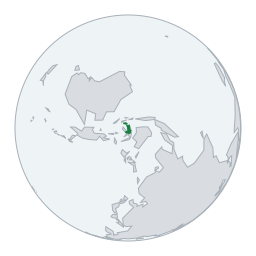 Sulawesi Selatan on an orthographic globe, rotated 168°
{"feature_id": "IDN-1236", "entity_name": "Sulawesi Selatan", "entity_type": "Province", "adm_level": 1, "iso_a3": "IDN", "parent_name": "Indonesia", "parent_adm1": "", "projection": "orthographic", "projection_center": [120.285, -4.627], "detail": "fine", "context": "on_globe", "style": "filled", "palette": "green", "viewbox_px": 256, "rotation_deg": 168, "n_neighbors": 0, "source": "natural_earth", "source_scale": "10m", "svg_char_len": 8721}
<svg xmlns="http://www.w3.org/2000/svg" viewBox="0 0 256 256"><g transform="rotate(168 128 128)"><circle cx="128" cy="128" r="113" fill="#eef3f6" stroke="#a8b0b8"/><path d="M221.5,154.7L221.3,155.5L221.2,155.6L221.5,154.7ZM188.6,33.0L190.3,34.2L191.3,35.3L187.8,32.6L186.4,31.7L188.6,33.0ZM185.6,31.2L185.2,31.1L182.9,29.8L181.4,29.1L178.7,27.6L176.9,26.5L175.1,25.7L174.9,25.7L172.0,24.5L172.6,24.6L167.7,22.7L165.9,21.9L176.0,26.1L185.6,31.2ZM234.0,90.7L233.1,88.2L233.8,89.7L234.0,90.7ZM232.4,86.7L232.7,87.6L232.4,86.9L232.4,86.7ZM232.1,86.3L232.3,86.6L232.2,86.5L232.1,86.3ZM231.8,86.0L232.0,86.1L231.8,86.0ZM231.0,84.7L230.8,84.3L230.8,84.1L231.0,84.7ZM181.7,29.2L182.4,29.7L181.3,29.2L181.7,29.2ZM176.1,26.6L174.1,25.8L175.9,26.4L176.1,26.6ZM172.8,25.2L167.9,23.6L169.1,24.3L162.9,21.6L169.1,23.6L171.0,24.2L171.2,24.4L172.8,25.2ZM160.3,20.5L158.8,20.0L160.0,20.3L160.3,20.5ZM31.5,69.9L38.1,60.2L37.9,60.4L44.5,52.4L45.3,52.2L46.7,50.6L49.2,47.6L52.5,44.6L50.5,46.3L57.5,40.1L65.1,34.6L73.0,29.7L81.4,25.5L84.0,24.3L83.6,24.5L87.9,22.7L87.9,22.8L85.1,23.9L90.7,22.0L91.8,22.0L93.2,21.6L94.5,21.0L95.0,21.7L96.0,21.4L96.3,21.0L98.5,20.1L102.7,18.9L102.6,19.2L101.1,19.7L97.9,21.3L93.9,22.8L94.3,22.8L97.7,21.7L101.7,19.6L104.2,18.9L102.8,19.6L103.5,19.3L104.7,19.0L105.9,19.2L107.7,18.3L121.4,16.4L125.0,16.9L122.2,17.5L131.7,17.8L135.1,19.0L135.3,18.6L140.0,18.8L139.0,18.4L139.5,18.2L151.1,19.6L153.8,20.5L159.0,21.2L157.4,20.5L162.9,21.6L169.1,24.3L168.6,24.5L172.8,26.4L170.9,26.6L171.3,28.0L166.7,27.6L167.5,29.0L169.1,29.6L171.2,32.3L170.2,36.1L164.0,30.0L164.2,25.4L163.5,26.8L161.5,25.7L160.0,25.9L159.7,27.2L160.9,27.8L149.6,27.4L144.7,31.3L150.1,31.9L152.8,34.0L152.0,40.8L138.9,49.3L142.4,53.6L142.1,56.1L138.0,57.1L138.3,53.4L134.8,51.6L135.6,49.5L129.2,50.4L130.0,47.6L124.6,50.0L125.9,52.5L131.2,52.5L126.2,56.3L130.7,61.3L130.4,66.9L120.0,76.2L110.7,78.7L109.9,80.6L106.7,78.2L101.6,81.8L107.2,93.3L106.8,96.6L98.9,102.5L98.9,100.0L90.2,93.7L88.0,101.6L94.6,108.6L96.9,116.7L91.6,114.0L89.4,106.9L86.3,104.4L87.5,97.4L85.7,87.3L80.4,89.1L81.2,85.1L77.9,77.2L70.4,79.8L58.4,90.5L56.1,101.0L52.3,105.8L49.1,91.1L50.5,81.4L47.6,82.5L45.8,75.0L37.7,75.5L38.1,73.2L36.2,74.6L35.2,72.6L36.4,68.9L35.0,69.5L32.3,79.3L33.9,78.8L37.4,74.5L36.1,78.2L37.3,81.2L30.5,91.1L21.0,101.4L22.7,93.7L28.9,74.6L30.2,72.3L30.3,72.1L30.5,71.6L28.4,75.4L29.8,72.9L31.5,69.9ZM50.2,46.5L49.0,47.8L48.2,48.5L50.2,46.5ZM29.7,73.0L24.3,85.0L22.1,91.1L20.8,101.9L20.3,103.2L20.7,105.4L25.0,101.5L24.5,104.1L20.8,117.0L17.1,135.8L19.1,147.4L21.4,157.6L22.3,165.3L25.6,173.1L26.6,176.4L28.9,180.9L31.6,186.1L33.7,189.6L29.5,182.6L25.8,175.3L22.6,167.7L20.0,160.0L18.0,152.1L16.5,144.0L15.6,135.9L15.4,127.8L15.7,119.6L16.6,111.5L18.1,103.4L20.1,95.5L22.8,87.8L26.0,80.3L29.7,73.0ZM43.6,57.2L45.8,57.2L49.4,51.9L50.6,51.6L51.3,50.0L49.6,51.5L52.3,47.4L54.9,45.8L57.0,43.7L56.3,43.6L51.1,47.3L47.3,53.1L44.8,55.4L43.6,57.2ZM36.5,62.4L36.8,62.0L35.8,63.3L36.5,62.4ZM69.9,208.5L72.2,209.9L71.0,210.1L69.9,208.5ZM26.0,154.5L30.2,173.0L28.8,173.5L26.3,168.3L23.1,157.2L24.0,153.7L23.8,148.5L26.0,154.5ZM125.4,137.7L128.9,138.5L128.8,139.0L125.4,137.7ZM121.8,135.5L125.7,136.0L121.1,136.7L121.8,135.5ZM127.3,136.2L131.3,135.5L133.1,134.8L132.8,135.9L127.3,136.2ZM119.1,135.4L104.8,134.4L99.2,132.7L100.5,130.8L109.5,131.7L119.1,135.4ZM100.0,130.7L91.6,124.9L80.6,109.1L84.5,109.4L96.1,119.1L95.4,120.7L100.5,125.2L100.0,130.7ZM120.7,121.8L119.9,126.8L111.9,125.8L108.3,124.8L105.9,118.3L107.2,115.1L110.2,115.4L121.8,105.5L125.8,108.4L122.2,112.6L125.5,117.1L120.7,121.8ZM56.5,102.0L58.1,108.3L56.1,109.4L56.5,102.0ZM126.8,98.5L122.0,102.7L126.5,97.0L126.8,98.5ZM129.7,93.1L129.9,95.4L128.1,93.0L129.7,93.1ZM109.6,83.6L106.5,83.9L106.5,82.4L110.5,81.0L109.6,83.6ZM130.1,71.8L129.6,76.1L128.8,77.6L127.7,74.8L130.1,71.8ZM106.8,17.6L101.2,18.8L97.1,19.8L94.9,20.6L95.6,20.2L101.8,18.5L106.8,17.6ZM119.6,16.4L121.5,16.1L122.3,16.2L122.0,16.3L119.6,16.4ZM119.6,16.2L118.8,16.0L120.9,15.8L121.1,16.0L119.6,16.2ZM194.9,197.3L195.9,198.8L192.7,201.8L188.3,204.6L184.4,204.7L194.9,197.3ZM163.5,199.4L163.4,194.9L168.0,195.4L166.1,199.0L163.5,199.4ZM197.9,195.3L200.8,192.0L201.9,187.0L201.5,191.7L203.8,192.9L196.9,198.8L197.9,195.3ZM146.4,179.1L124.4,185.1L119.5,183.6L120.5,180.2L115.8,169.3L117.4,169.6L116.1,162.6L129.1,157.3L138.3,146.8L145.7,148.3L151.1,141.0L158.8,142.5L156.6,148.6L164.6,154.0L169.9,140.5L174.9,156.8L180.8,163.5L182.5,174.2L172.3,190.0L166.4,192.4L165.2,190.4L162.8,191.9L158.9,190.4L156.6,184.3L154.2,185.7L156.5,181.7L153.0,185.0L150.9,181.1L146.4,179.1ZM201.1,160.4L202.3,161.2L204.1,164.6L202.3,163.5L201.1,160.4ZM218.5,156.9L219.0,158.4L217.9,158.3L218.5,156.9ZM221.2,155.6L219.8,155.6L221.5,154.7L221.2,155.6ZM207.1,152.8L207.7,153.9L207.2,154.2L207.1,152.8ZM206.7,152.3L207.4,150.9L207.3,152.5L206.7,152.3ZM201.2,142.4L201.9,141.8L202.2,142.5L201.2,142.4ZM134.1,139.0L139.0,135.5L141.7,135.5L134.1,139.0ZM200.2,140.4L198.4,139.9L198.6,139.1L200.2,140.4ZM200.3,138.6L200.1,137.4L201.2,140.3L200.3,138.6ZM196.9,135.2L199.1,137.7L196.7,135.4L196.9,135.2ZM195.6,135.2L194.1,133.9L194.2,133.6L195.6,135.2ZM178.2,133.1L184.0,140.9L179.4,139.8L174.2,134.7L170.3,137.9L161.2,135.8L163.2,133.8L162.0,129.9L152.7,127.2L150.8,124.6L154.1,123.5L148.0,120.9L154.7,120.7L157.4,125.8L161.2,122.7L167.8,124.6L174.2,127.3L179.5,131.9L178.2,133.1ZM154.8,131.2L155.9,131.4L154.9,132.7L154.8,131.2ZM191.1,130.6L193.4,133.5L193.1,134.0L192.0,133.4L191.1,130.6ZM180.7,131.3L186.3,128.4L187.6,128.8L183.9,132.5L180.7,131.3ZM184.9,125.5L187.5,126.6L188.9,129.2L188.4,129.7L184.9,125.5ZM141.2,125.1L140.9,126.4L139.2,125.2L141.2,125.1ZM143.4,124.6L148.6,126.6L142.9,125.7L143.4,124.6ZM127.8,118.4L129.3,121.7L134.0,120.1L130.4,122.7L133.7,128.1L132.6,130.0L129.3,124.1L128.3,129.8L126.2,129.5L125.0,124.4L127.1,118.6L129.2,116.4L137.7,116.2L127.8,118.4ZM143.3,120.8L141.9,117.0L143.0,114.7L144.5,116.8L143.3,120.8ZM138.0,108.1L134.5,103.7L131.2,104.9L137.9,100.0L140.2,105.0L138.0,108.1ZM135.1,99.0L132.1,100.1L135.3,97.2L135.1,99.0ZM131.3,98.7L131.1,96.0L133.5,96.6L131.3,98.7ZM136.7,99.3L137.5,94.8L138.6,97.6L136.7,99.3ZM130.3,89.9L135.3,94.8L128.7,92.3L128.8,83.7L131.7,83.8L130.3,89.9ZM148.9,59.9L148.4,57.8L151.1,57.7L150.7,59.1L148.9,59.9ZM159.5,56.4L151.7,57.0L145.4,58.0L147.1,59.2L145.4,62.5L142.9,58.9L147.6,55.7L152.3,55.6L153.4,53.0L157.0,51.8L156.7,48.5L158.4,47.4L160.1,50.5L159.5,56.4ZM156.4,47.1L157.1,41.9L162.1,43.6L163.0,45.1L160.6,46.7L158.1,45.7L156.4,47.1ZM158.8,41.3L156.4,40.4L152.6,32.9L153.0,31.9L158.5,37.9L156.6,37.4L156.6,39.1L158.8,41.3ZM159.1,20.2L158.8,20.1L159.9,20.4L159.1,20.2ZM138.8,18.0L139.6,17.8L140.9,18.1L138.8,18.0ZM142.6,17.6L140.6,17.4L142.7,17.5L142.6,17.6ZM136.1,17.0L139.8,17.2L136.2,17.2L136.1,17.0Z" fill="#d9dde1" stroke="#a8b0b8" stroke-width="1"/><path d="M129.6,124.6L129.5,124.4L129.5,124.5L129.4,124.5L129.4,124.4L129.5,124.4L129.5,124.2L129.4,124.1L129.2,124.1L128.9,124.1L128.7,124.2L128.5,124.3L128.0,124.6L127.9,124.7L127.9,124.8L128.0,124.9L128.0,125.0L128.2,125.3L128.3,125.3L128.2,125.4L128.2,125.5L128.2,125.8L128.3,125.9L128.3,126.1L128.3,126.3L128.2,126.4L128.2,126.5L128.1,127.0L128.2,127.3L128.2,127.5L128.2,127.8L128.3,127.9L128.3,128.0L128.2,128.3L128.0,128.5L128.0,129.0L128.1,129.3L128.2,129.5L128.3,129.8L128.3,130.0L128.3,129.9L128.2,129.9L128.1,129.7L128.0,129.8L127.9,129.8L127.7,129.9L127.4,129.8L127.2,129.9L127.2,130.0L126.9,130.1L126.7,130.0L126.7,129.9L126.6,130.0L126.6,129.9L126.4,129.8L126.3,129.7L126.2,129.6L126.2,129.4L126.2,129.1L126.3,129.0L126.4,128.9L126.4,128.7L126.5,128.6L126.4,128.3L126.5,128.2L126.6,127.9L126.7,127.6L126.7,127.4L126.7,127.2L126.7,126.9L126.7,126.7L126.7,126.8L126.6,126.7L126.5,126.4L126.4,126.3L126.4,126.2L126.5,125.9L126.4,125.8L126.4,125.6L126.4,125.4L126.3,125.2L126.5,125.2L126.7,124.9L126.5,124.6L126.5,124.4L126.8,124.3L127.0,124.2L126.9,123.9L126.9,123.7L126.7,123.4L126.7,123.2L127.0,123.0L127.1,122.9L127.2,122.7L127.3,122.7L127.5,122.6L128.0,122.6L128.3,122.5L128.5,122.9L128.6,123.0L128.9,123.3L129.0,123.3L130.1,123.5L130.3,123.6L130.5,123.8L130.9,124.0L131.0,124.2L131.0,124.3L130.9,124.4L130.6,124.7L130.5,124.8L130.4,124.8L130.1,124.7L129.9,124.6L129.7,124.6L129.6,124.6ZM128.5,130.6L128.5,130.8L128.5,131.0L128.5,131.3L128.4,131.4L128.4,131.5L128.4,131.2L128.3,130.9L128.3,130.7L128.3,130.4L128.4,130.2L128.4,130.3L128.5,130.4L128.5,130.5L128.5,130.6ZM128.9,132.8L129.0,132.8L128.9,132.9L128.8,133.0L128.7,132.9L128.6,132.7L128.8,132.7L128.9,132.8L128.9,132.8ZM129.3,133.2L129.5,133.2L129.5,133.3L129.4,133.3L129.2,133.3L129.2,133.2L129.1,133.3L129.0,133.2L129.3,133.2ZM130.9,133.3L131.0,133.3L131.0,133.5L130.9,133.5L130.9,133.4L130.9,133.3Z" fill="#22c55e" stroke="#15803d" stroke-width="1.5"/></g></svg>